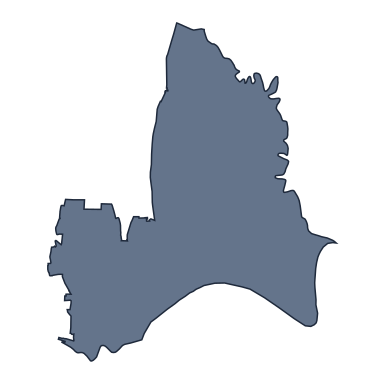 outline of Galati, Galati, Romania
{"feature_id": "2599482B19472284697606", "entity_name": "Galati", "entity_type": "district", "adm_level": 2, "iso_a3": "ROU", "parent_name": "Romania", "parent_adm1": "Galati", "projection": "orthographic", "projection_center": [28.069, 45.5], "detail": "fine", "context": "isolated", "style": "filled", "palette": "slate", "viewbox_px": 384, "rotation_deg": 0, "n_neighbors": 0, "source": "geoboundaries", "source_scale": "gbopen_adm2", "svg_char_len": 5791}
<svg xmlns="http://www.w3.org/2000/svg" viewBox="0 0 384 384"><path d="M141.8,339.8L144.2,333.5L150.9,322.0L156.0,318.2L167.3,309.2L175.1,303.6L179.3,300.1L185.2,296.3L189.7,292.9L193.3,291.3L196.2,289.2L200.1,287.5L204.0,285.5L214.9,283.2L224.6,283.0L242.1,286.9L250.0,289.1L264.5,297.7L279.3,307.9L294.3,318.7L305.3,325.8L310.8,326.4L314.3,324.7L316.2,322.8L316.9,320.4L317.6,313.2L315.9,304.8L316.0,299.8L314.9,287.3L314.7,282.8L314.9,279.6L315.7,268.5L316.6,262.5L317.9,257.0L319.1,254.1L320.5,251.3L323.3,247.0L327.7,243.4L332.8,242.6L336.2,243.0L334.4,241.4L332.7,240.3L327.3,238.0L321.5,236.7L318.9,235.8L315.4,234.8L311.6,233.6L309.0,231.3L308.6,230.8L307.9,229.1L307.6,227.6L307.5,225.4L307.1,223.6L306.3,221.4L305.3,219.5L304.9,219.0L302.2,217.5L301.6,216.6L300.2,205.8L299.2,200.7L298.5,198.8L297.6,196.7L294.6,191.7L294.0,190.9L293.0,190.4L291.1,190.6L287.6,191.8L286.1,192.1L284.4,192.4L283.8,192.2L283.5,191.4L283.4,190.9L283.5,190.1L284.8,185.4L285.6,181.9L285.8,180.7L285.5,179.9L284.5,179.4L282.1,178.9L278.4,178.8L277.4,178.6L275.7,177.9L275.3,177.7L275.2,177.3L275.3,176.3L275.7,175.8L276.1,175.6L282.0,175.0L282.8,174.7L283.8,174.0L285.1,171.7L285.8,168.9L288.1,163.9L288.6,161.6L288.4,161.1L287.8,160.5L287.0,159.9L283.8,158.7L279.5,156.5L278.2,155.8L278.0,155.3L278.1,154.4L278.4,154.0L279.1,153.4L280.5,153.2L283.5,153.4L284.3,153.6L286.8,155.3L287.2,155.1L287.4,154.9L287.7,153.2L288.1,149.0L288.1,148.3L287.6,146.0L287.2,145.0L286.0,143.2L283.7,141.2L283.7,140.2L284.1,139.6L286.5,138.4L287.1,137.4L287.6,135.7L287.7,134.9L287.7,132.7L287.9,129.0L287.6,126.3L287.0,122.9L286.8,122.1L286.2,121.5L285.1,121.1L283.1,120.8L282.7,120.5L282.2,119.9L281.8,118.9L280.7,115.6L279.8,113.8L277.2,110.2L276.5,108.9L276.3,108.2L276.5,106.9L277.1,104.9L279.2,101.9L279.9,100.2L280.0,99.2L279.6,98.6L278.9,98.3L278.1,98.3L276.1,98.5L273.8,98.9L272.3,98.9L270.9,98.8L270.1,98.4L269.2,97.7L268.5,96.7L268.5,96.0L268.6,95.6L269.1,95.2L271.7,94.1L274.8,92.5L275.6,91.9L276.1,90.9L276.6,89.8L277.0,88.2L278.0,82.6L277.8,80.6L277.8,77.8L277.5,77.0L277.3,76.8L276.7,76.6L275.9,76.8L275.5,77.1L274.0,78.8L273.1,79.9L271.5,82.6L270.5,84.6L269.8,86.6L268.9,88.5L266.8,90.8L265.7,91.2L265.4,91.2L264.7,90.8L264.3,90.0L263.6,87.4L263.2,85.0L262.5,82.2L261.1,78.2L260.4,75.9L260.1,75.2L259.7,74.6L258.8,73.8L258.1,73.5L256.4,73.1L255.3,73.3L254.5,73.5L254.2,73.8L254.1,74.2L253.9,75.0L253.8,75.7L254.0,77.1L254.3,78.2L255.1,79.8L255.2,80.9L254.9,81.7L254.4,82.6L253.6,83.4L252.8,83.6L251.9,83.1L251.6,82.7L251.2,80.9L251.0,79.3L250.7,77.9L250.3,76.9L249.7,76.5L248.9,76.8L247.9,78.3L247.2,79.9L246.7,81.7L246.0,82.9L245.7,83.1L245.1,83.2L244.6,79.8L244.3,79.4L243.6,79.1L243.1,79.2L242.4,79.7L240.5,81.6L239.7,81.8L239.4,81.7L236.5,78.5L235.6,77.1L235.3,76.4L235.3,75.8L235.4,75.3L236.0,74.4L237.2,73.4L239.3,72.0L239.4,71.8L239.3,71.1L237.1,70.0L235.7,68.8L234.8,67.3L234.0,65.0L233.5,64.4L232.7,62.9L230.9,60.3L229.5,59.1L228.9,58.8L227.2,58.4L224.8,58.2L223.8,57.6L222.9,56.7L222.6,56.2L219.6,50.1L218.0,47.3L216.8,45.9L216.1,45.3L214.0,44.0L212.2,43.9L211.4,43.5L208.1,41.2L207.2,39.9L206.7,39.0L205.7,36.1L204.4,31.8L204.2,30.9L204.2,29.5L201.3,28.9L193.7,30.1L190.9,29.2L177.5,23.2L176.7,23.0L173.7,33.9L171.4,41.5L167.6,54.6L167.0,55.7L166.6,57.1L166.4,58.8L166.8,84.8L166.5,88.0L167.2,88.1L166.9,89.8L167.0,89.9L167.0,90.2L167.9,90.3L167.8,90.9L165.4,90.7L164.9,92.0L165.4,92.2L165.4,92.4L161.1,101.6L160.4,101.3L158.1,106.5L157.2,109.3L156.2,121.5L154.5,128.2L153.3,133.7L152.8,136.9L152.2,144.1L151.6,154.2L151.4,164.6L150.4,172.1L150.3,177.4L150.9,182.3L152.1,191.5L152.3,202.4L152.6,205.2L154.7,220.4L150.9,218.9L150.3,219.2L149.3,220.3L149.3,220.7L149.5,221.0L147.3,221.2L146.6,221.1L146.5,219.1L147.5,219.0L147.4,217.5L145.0,217.7L145.0,217.9L139.0,218.1L138.9,216.7L133.6,216.7L132.0,220.6L131.0,222.5L127.3,234.6L127.2,236.0L127.3,239.7L126.9,239.7L127.0,240.3L127.3,240.9L121.3,240.7L121.6,239.9L121.5,239.2L121.3,238.5L121.0,236.0L120.6,235.1L120.7,234.9L120.8,232.5L120.6,230.9L120.5,225.4L120.2,223.3L119.0,218.7L118.5,217.9L118.2,217.7L117.2,217.8L116.0,218.5L115.6,218.1L115.0,215.3L113.8,210.8L112.1,205.2L111.5,204.1L101.4,203.8L101.1,209.4L84.0,209.2L84.5,199.8L73.4,199.8L65.6,199.4L64.1,205.8L62.1,205.4L61.3,205.6L60.8,207.0L60.1,211.2L60.0,211.7L60.0,212.3L59.6,217.4L59.6,217.7L60.0,218.0L60.1,218.3L60.0,218.6L59.2,219.0L58.5,220.9L56.8,225.6L55.9,227.2L55.7,228.6L55.9,230.9L56.2,232.3L56.7,234.2L57.0,234.5L57.6,234.6L59.3,234.1L62.6,234.2L61.6,243.7L61.1,244.7L56.6,240.9L55.9,240.5L55.2,241.0L55.4,242.2L56.2,246.0L55.5,246.9L54.5,246.2L53.8,247.0L51.6,247.2L51.6,247.8L51.3,248.5L51.0,251.3L49.9,256.6L50.0,257.9L50.3,259.0L50.9,262.5L50.6,263.4L48.1,263.5L48.2,265.2L47.9,265.3L47.8,265.5L47.8,269.3L48.2,271.3L49.0,273.0L49.3,273.1L49.3,273.8L49.6,275.3L49.9,275.7L50.6,275.8L51.7,275.6L52.0,275.8L52.9,275.3L58.1,274.4L60.3,274.3L62.5,274.4L62.4,276.7L65.0,283.4L65.3,283.9L69.3,290.9L69.0,291.0L71.0,294.2L66.8,294.1L66.5,294.3L66.0,294.3L66.0,294.8L66.1,295.9L64.8,296.0L64.6,300.6L70.4,300.2L71.1,300.8L71.1,303.0L70.0,309.6L67.2,309.6L67.5,310.8L67.6,311.9L69.0,313.8L71.0,316.1L70.8,327.8L70.2,333.3L71.3,333.5L71.8,334.3L72.2,334.4L72.8,334.4L73.8,334.1L73.5,337.6L73.9,340.2L73.9,340.5L73.7,340.9L66.0,338.7L64.7,338.7L63.1,338.2L62.2,338.4L58.9,337.5L58.4,339.3L60.8,340.0L65.1,341.4L64.8,342.3L61.4,342.0L66.1,344.6L70.8,347.3L73.4,349.4L75.2,351.3L76.7,352.4L78.0,352.8L81.0,352.5L82.4,352.6L84.1,353.4L87.0,356.2L90.5,360.8L91.7,361.0L93.3,360.2L95.1,358.6L96.6,356.9L100.1,347.3L101.0,346.0L101.6,345.6L102.2,345.5L103.8,345.5L105.5,346.3L107.2,347.8L110.4,351.1L111.6,352.2L113.3,352.5L115.1,352.3L116.4,351.6L119.3,349.0L122.0,346.0L123.0,345.2L124.8,344.3L130.7,343.0L141.8,339.8Z" fill="#64748b" stroke="#1e293b" stroke-width="1.5"/></svg>